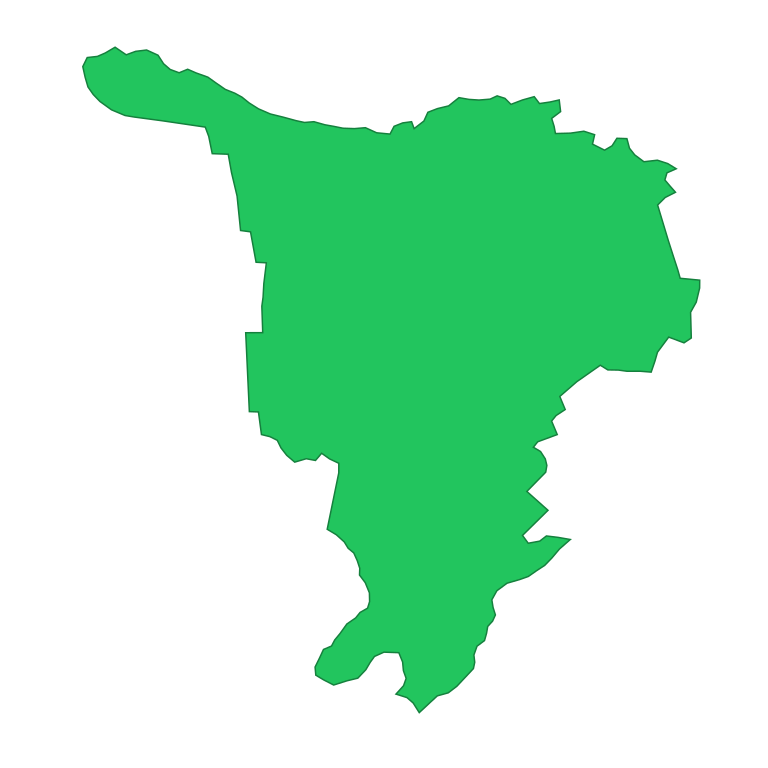 the district of Seara, Santa Catarina, Brazil, rotated 272°
{"feature_id": "56859067B54105310759595", "entity_name": "Seara", "entity_type": "district", "adm_level": 2, "iso_a3": "BRA", "parent_name": "Brazil", "parent_adm1": "Santa Catarina", "projection": "equal_earth", "projection_center": [-52.347, -27.133], "detail": "fine", "context": "isolated", "style": "filled", "palette": "green", "viewbox_px": 768, "rotation_deg": 272, "n_neighbors": 0, "source": "geoboundaries", "source_scale": "gbopen_adm2", "svg_char_len": 2749}
<svg xmlns="http://www.w3.org/2000/svg" viewBox="0 0 768 768"><g transform="rotate(272 384 384)"><path d="M684.5,197.3L688.3,185.4L691.7,176.8L687.9,168.4L690.9,159.3L696.4,152.5L704.7,146.7L709.5,135.1L707.8,124.2L704.0,114.9L711.2,103.5L705.1,93.9L701.4,86.2L699.9,76.0L690.7,71.9L680.2,74.6L670.5,77.8L663.2,83.3L656.4,90.3L648.5,102.1L643.3,115.8L642.1,124.9L639.3,153.4L634.5,196.4L625.3,200.2L608.2,204.3L608.2,220.3L590.1,224.2L566.7,230.6L532.4,235.3L531.4,245.3L501.2,251.9L501.0,262.2L480.2,260.4L466.4,260.1L457.5,259.2L431.1,261.0L430.4,244.0L351.7,250.4L351.7,259.5L329.2,263.3L327.4,271.8L324.0,279.3L316.5,283.3L309.3,289.3L302.8,297.5L306.6,308.9L305.2,318.2L312.6,324.1L307.2,332.3L303.2,341.6L293.6,341.9L236.8,332.3L231.7,341.6L224.8,349.8L218.6,353.9L214.1,359.7L206.4,363.5L199.0,366.2L192.2,366.2L184.8,372.2L174.8,376.7L166.0,377.2L159.4,375.4L154.9,368.1L149.2,363.8L142.9,355.3L133.0,348.7L126.5,343.7L120.3,340.7L116.6,332.8L108.3,329.3L98.7,325.0L90.6,326.0L86.1,334.2L81.4,344.2L86.1,357.4L89.1,368.1L97.8,375.8L105.3,379.9L111.4,384.0L116.0,393.3L116.0,408.2L106.8,412.3L98.2,413.4L90.6,416.4L83.2,414.1L74.5,406.8L71.4,417.9L66.2,424.3L56.8,430.7L67.0,440.9L74.2,448.2L77.6,459.0L84.5,467.4L102.7,483.3L109.1,484.4L116.3,483.3L125.2,486.1L131.1,493.4L138.5,495.2L145.3,496.1L150.8,500.8L157.1,503.4L164.5,500.8L172.1,499.3L181.3,504.0L189.2,513.9L193.3,526.4L196.7,535.0L202.6,542.8L208.4,551.0L215.9,557.8L225.2,565.1L235.1,575.6L236.8,563.3L237.8,551.6L232.4,545.1L229.9,533.7L237.5,527.7L263.5,552.3L281.6,530.5L292.1,540.1L301.5,548.7L308.3,549.6L314.8,547.8L322.0,542.8L326.0,535.5L331.6,539.6L339.5,558.9L352.8,552.8L358.5,557.1L364.8,566.0L377.7,560.1L393.1,576.7L410.3,599.5L405.9,607.2L406.1,617.7L405.2,626.6L405.7,639.2L405.2,650.6L416.1,653.9L425.3,656.2L440.8,666.9L435.6,682.4L440.7,689.5L466.4,687.9L476.7,693.2L490.9,696.1L498.8,695.9L500.0,676.3L508.4,673.6L521.0,669.0L537.4,663.1L572.4,651.2L580.2,658.5L585.8,668.6L592.2,662.6L597.7,657.6L604.9,659.4L609.3,668.5L614.2,659.9L617.2,649.4L615.2,636.0L621.7,626.6L628.2,621.1L637.7,618.2L637.7,608.2L630.0,603.6L625.4,596.3L631.0,584.0L640.5,585.8L643.6,574.9L641.2,561.5L640.3,546.6L647.5,545.0L655.3,542.3L662.4,551.0L674.0,549.2L671.6,540.0L669.7,529.6L676.4,524.1L672.7,512.5L667.9,501.1L673.7,494.9L675.9,487.0L672.4,480.1L671.1,469.0L671.4,459.0L672.8,448.9L664.2,438.9L661.1,427.8L657.1,418.4L648.2,414.7L640.3,405.2L647.1,402.4L645.6,393.6L641.9,385.1L634.0,381.3L634.8,367.9L639.5,356.5L638.2,345.5L638.2,334.1L639.7,325.0L641.0,315.9L643.7,304.8L642.6,295.4L644.1,287.0L647.1,274.3L649.9,261.0L654.6,249.0L660.2,239.4L665.7,232.1L669.4,224.8L672.9,215.1L679.3,205.1L684.5,197.3Z" fill="#22c55e" stroke="#15803d" stroke-width="1.5"/></g></svg>